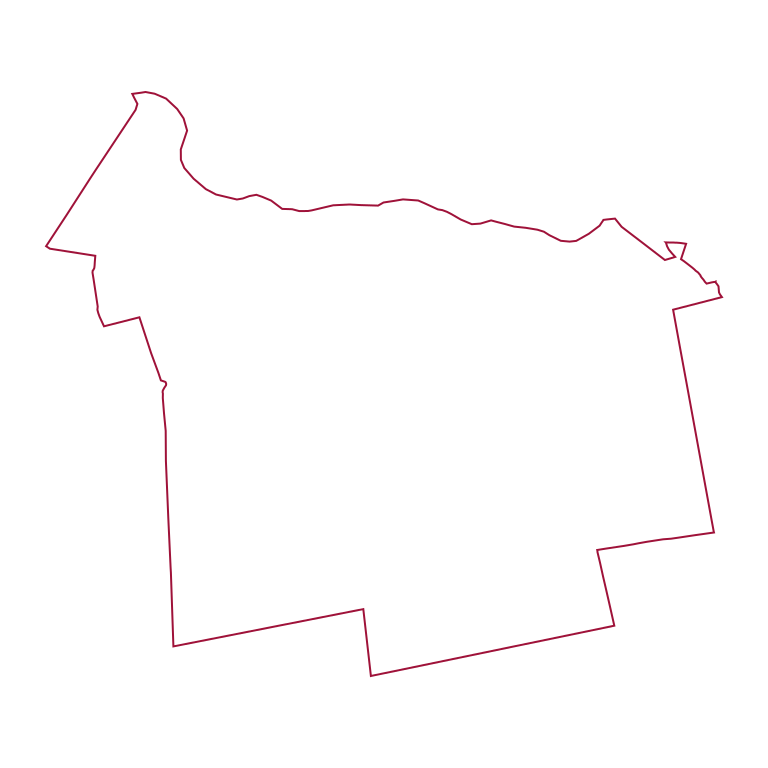 outline of Felnac, Arad, Romania
{"feature_id": "2599482B41938678080549", "entity_name": "Felnac", "entity_type": "district", "adm_level": 2, "iso_a3": "ROU", "parent_name": "Romania", "parent_adm1": "Arad", "projection": "natural_earth1", "projection_center": [21.145, 46.113], "detail": "fine", "context": "isolated", "style": "outline", "palette": "rose", "viewbox_px": 768, "rotation_deg": 0, "n_neighbors": 0, "source": "geoboundaries", "source_scale": "gbopen_adm2", "svg_char_len": 2264}
<svg xmlns="http://www.w3.org/2000/svg" viewBox="0 0 768 768"><path d="M714.0,532.5L713.7,531.4L711.5,519.5L687.5,388.3L680.3,349.2L673.1,309.7L721.9,297.1L719.9,294.3L719.0,292.4L718.5,286.3L717.1,284.3L715.6,282.4L715.6,281.6L714.8,282.0L713.9,282.0L711.7,282.4L709.6,282.9L706.6,283.6L704.8,281.7L704.1,280.6L703.4,279.6L702.0,278.0L700.7,276.3L700.6,275.6L700.0,274.8L698.1,272.5L695.5,270.6L694.7,269.7L692.5,267.8L689.8,265.7L687.1,263.6L685.4,262.3L683.7,261.0L681.0,259.2L686.1,243.8L685.5,243.7L683.4,243.4L682.1,243.2L679.7,242.9L678.3,242.8L677.1,242.7L676.1,242.7L672.7,242.5L669.2,242.5L668.8,242.5L665.8,242.4L665.9,242.5L667.1,246.3L668.9,249.7L671.9,253.3L675.2,256.9L673.7,257.4L664.9,260.0L643.3,243.4L621.6,226.8L615.0,218.6L606.5,219.5L603.4,219.9L603.1,220.5L601.5,222.8L599.6,225.7L588.8,233.8L576.2,240.9L569.6,241.6L560.8,240.8L549.4,235.2L543.9,231.7L537.4,229.7L525.7,227.8L514.2,226.6L509.5,225.3L504.9,224.0L496.3,221.8L493.7,221.1L491.1,220.4L480.4,223.6L471.8,224.2L460.7,219.5L451.0,213.9L446.9,211.8L442.3,210.1L437.9,209.4L424.4,203.2L418.2,200.5L403.0,199.4L394.7,200.8L383.5,202.5L378.1,205.6L360.9,205.1L349.6,204.5L333.2,205.3L311.6,210.4L308.0,211.0L299.3,211.1L292.1,209.2L282.2,208.9L271.2,200.6L262.4,196.9L256.4,194.8L249.3,196.1L242.8,198.5L236.9,199.5L216.0,194.5L205.8,189.1L193.6,178.7L184.3,168.0L180.9,159.9L180.8,149.4L184.7,137.8L187.1,130.6L183.6,118.4L177.2,109.0L166.1,98.6L154.6,93.7L145.5,92.0L141.2,92.7L132.3,93.9L134.2,97.8L137.4,103.9L135.6,109.8L95.8,169.8L90.5,177.9L67.0,214.4L46.1,246.2L49.9,248.7L95.3,255.8L94.8,262.0L94.6,265.4L94.3,268.0L93.5,269.7L92.7,270.7L92.5,272.6L93.6,279.4L97.7,306.5L97.4,309.8L98.3,313.2L99.6,316.8L104.0,326.3L139.4,317.3L151.1,353.1L158.4,372.9L160.9,380.4L162.4,380.9L165.1,381.8L165.7,382.3L166.2,384.0L166.0,385.3L164.3,387.8L162.8,390.6L162.6,392.1L162.9,393.6L162.8,398.0L164.0,413.2L165.7,430.9L165.9,460.9L168.3,518.1L170.6,567.6L170.9,572.7L173.4,646.4L363.3,609.1L370.9,676.0L372.7,675.6L614.3,625.7L609.7,605.3L606.2,590.0L603.0,576.2L600.0,562.6L597.5,552.2L597.4,550.8L597.2,550.0L605.9,548.6L623.3,546.0L633.4,544.3L638.4,543.3L646.8,541.8L663.1,539.3L671.1,538.7L678.1,537.7L694.8,535.2L714.0,532.5Z" fill="none" stroke="#9f1239" stroke-width="2"/></svg>